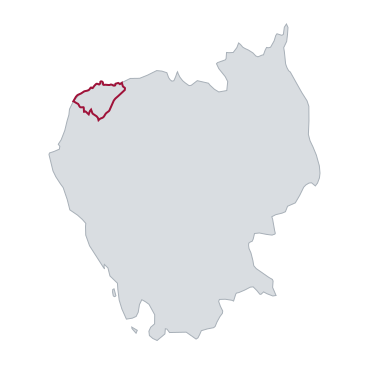 Otdar Mean Chey on a map of Cambodia (Equal Earth projection), rotated 348°
{"feature_id": "KHM-1782", "entity_name": "Otdar Mean Chey", "entity_type": "Province", "adm_level": 1, "iso_a3": "KHM", "parent_name": "Cambodia", "parent_adm1": "", "projection": "equal_earth", "projection_center": [103.537, 14.166], "detail": "fine", "context": "in_parent", "style": "outline", "palette": "rose", "viewbox_px": 384, "rotation_deg": 348, "n_neighbors": 0, "source": "natural_earth", "source_scale": "10m", "svg_char_len": 3978}
<svg xmlns="http://www.w3.org/2000/svg" viewBox="0 0 384 384"><g transform="rotate(348 192 192)"><path d="M319.3,47.3L320.1,51.0L318.1,58.0L315.9,64.4L311.7,69.9L311.5,74.0L310.2,86.2L310.7,90.0L311.7,93.4L313.1,95.1L316.8,107.1L320.2,117.9L323.5,126.8L324.1,132.5L321.2,146.7L317.8,159.9L318.1,166.4L319.7,173.0L321.3,181.7L322.0,192.9L321.1,200.2L319.6,204.7L316.6,209.4L313.9,211.7L310.8,207.8L308.2,207.6L304.8,208.8L302.2,210.6L296.8,217.5L290.8,224.1L282.5,225.8L279.3,230.7L275.8,231.4L269.2,231.6L264.9,232.8L265.2,235.3L264.8,247.0L264.9,249.7L264.3,250.4L261.3,250.8L256.2,249.0L249.4,246.1L244.5,245.6L242.1,250.7L240.6,252.7L238.7,253.0L236.8,253.9L236.2,256.2L236.0,259.1L237.0,263.9L237.3,271.7L237.1,277.0L238.9,280.3L249.4,291.5L252.5,294.3L252.8,296.0L251.0,302.1L252.7,310.7L249.4,310.5L243.9,306.9L241.3,304.6L238.2,306.4L237.1,306.1L234.9,301.8L232.1,297.5L229.2,297.2L223.1,298.9L216.9,300.1L214.6,300.1L213.6,300.9L210.0,307.3L208.5,306.2L202.2,303.8L196.5,302.8L195.3,304.5L196.0,309.7L197.3,314.8L196.5,317.0L193.4,319.7L189.3,324.5L186.7,328.3L185.0,329.2L178.6,329.1L172.3,329.6L169.8,333.1L167.5,335.9L165.4,336.7L157.2,327.9L140.8,324.8L139.0,320.9L137.5,320.2L136.0,325.2L127.0,330.0L123.2,327.1L120.5,323.6L120.9,319.2L123.5,315.7L128.0,313.2L130.0,304.3L126.6,292.9L123.6,289.6L120.5,286.9L117.2,291.2L114.4,298.4L111.5,302.1L107.4,303.0L101.4,302.7L99.1,291.9L98.3,282.6L99.2,272.0L100.1,265.7L94.3,257.1L94.0,248.8L91.2,244.6L90.4,246.7L90.5,249.1L89.7,247.4L80.6,223.3L79.1,212.1L80.7,203.5L81.6,200.6L79.0,196.0L75.3,190.9L68.8,184.1L68.4,173.5L66.9,160.9L65.0,156.7L62.0,148.9L60.4,142.5L59.9,125.6L60.7,124.2L65.3,123.7L71.2,122.5L72.2,119.8L71.1,117.5L74.9,113.7L80.4,105.3L84.6,96.5L87.6,91.0L89.4,85.5L95.5,77.7L103.9,72.3L109.6,71.1L115.5,69.3L121.2,66.6L123.9,66.4L130.9,69.5L134.8,70.4L138.8,70.3L142.9,70.6L146.5,70.3L155.2,68.1L164.4,69.9L172.6,68.5L182.7,65.9L187.7,67.5L192.2,70.1L192.9,75.2L193.9,77.6L195.4,79.4L197.4,79.4L200.0,75.8L202.2,72.1L202.9,71.4L203.0,73.2L204.1,77.3L206.0,81.2L208.0,83.8L211.2,87.3L213.4,87.5L220.3,84.2L230.7,89.0L231.9,91.4L235.3,96.2L239.0,99.7L247.1,100.0L249.9,91.4L248.5,86.1L243.9,77.0L242.6,71.6L244.0,70.7L251.9,69.7L253.1,68.6L254.8,62.7L257.0,63.4L261.3,64.1L265.9,60.1L268.6,55.9L270.1,57.8L271.7,60.8L273.5,62.5L276.8,65.0L280.5,68.6L282.7,72.2L284.6,73.5L289.2,72.6L290.4,72.7L293.1,68.4L295.0,66.1L296.6,66.8L299.0,66.7L303.8,61.2L306.5,56.3L308.0,54.9L312.4,57.4L314.1,56.9L316.6,50.0L319.3,47.3ZM96.0,277.6L95.1,278.2L94.3,278.2L93.4,277.2L93.5,273.3L94.2,270.9L95.6,270.5L96.0,277.6ZM109.7,315.9L107.9,318.5L104.9,313.1L105.0,311.6L109.7,315.9Z" fill="#d9dde1" stroke="#a8b0b8" stroke-width="1"/><path d="M126.2,64.9L126.7,65.1L127.1,65.4L127.4,65.8L127.6,66.5L127.4,68.1L127.6,68.7L128.0,68.9L129.7,69.1L132.6,70.0L133.6,70.2L134.2,70.1L134.6,70.0L135.0,70.0L135.8,70.3L136.3,70.7L136.8,71.2L137.4,71.6L138.1,71.8L139.0,71.7L139.2,71.3L139.4,70.8L139.8,70.2L142.5,70.0L143.9,71.5L145.6,71.0L146.1,70.7L146.1,70.9L146.3,73.9L146.5,74.4L146.8,75.0L147.5,75.6L147.9,76.1L148.0,76.5L147.9,77.0L147.7,77.4L147.5,78.2L139.8,82.8L136.4,84.7L134.5,86.3L128.2,95.0L127.5,95.6L124.7,96.9L123.8,97.5L121.6,99.8L120.8,100.4L119.8,100.8L117.9,101.1L116.9,101.4L115.5,102.3L115.4,100.1L114.7,98.6L114.4,98.1L111.4,95.0L111.1,94.6L111.0,94.4L110.4,90.4L109.2,91.4L108.5,92.3L107.1,94.6L105.1,91.7L104.5,91.0L104.3,91.0L103.9,91.0L103.6,91.1L103.4,91.1L103.1,91.1L103.1,90.7L103.6,87.3L103.6,87.0L103.6,86.7L103.4,86.5L101.0,86.1L100.5,85.9L100.2,85.7L99.7,84.7L99.3,83.2L98.9,82.2L98.6,81.9L98.3,81.6L97.8,81.3L95.4,79.0L94.8,78.6L98.2,74.8L99.8,73.6L100.8,73.2L103.8,72.6L106.1,71.7L107.6,71.1L111.0,71.1L112.0,70.9L112.9,70.4L114.3,69.1L115.0,68.8L115.2,69.0L115.5,69.3L115.8,69.6L116.4,69.7L116.7,69.5L118.6,67.8L120.5,66.5L121.4,66.3L122.3,66.7L123.0,67.3L123.7,67.5L124.7,66.8L125.0,66.3L125.1,65.8L125.2,65.3L125.7,64.9L126.2,64.9Z" fill="none" stroke="#9f1239" stroke-width="2"/></g></svg>